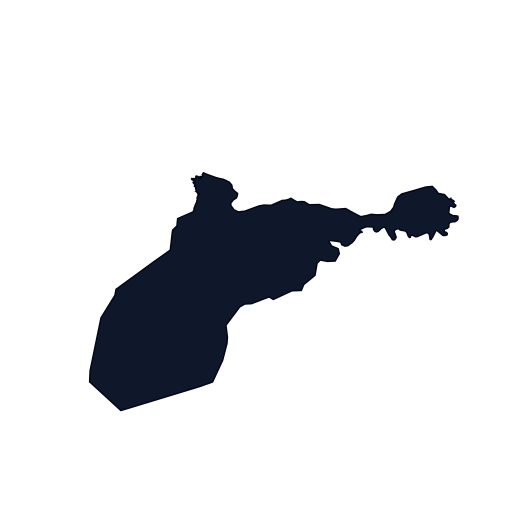 Obubra, Cross River, Nigeria, rotated 66°
{"feature_id": "59680162B46550202368720", "entity_name": "Obubra", "entity_type": "district", "adm_level": 2, "iso_a3": "NGA", "parent_name": "Nigeria", "parent_adm1": "Cross River", "projection": "robinson", "projection_center": [8.346, 6.001], "detail": "fine", "context": "isolated", "style": "filled", "palette": "ink", "viewbox_px": 512, "rotation_deg": 66, "n_neighbors": 0, "source": "geoboundaries", "source_scale": "gbopen_adm2", "svg_char_len": 3794}
<svg xmlns="http://www.w3.org/2000/svg" viewBox="0 0 512 512"><g transform="rotate(66 256 256)"><path d="M262.7,144.3L259.0,147.3L256.6,149.2L255.5,150.0L253.2,151.8L249.2,154.7L245.7,164.3L245.1,165.2L243.6,167.9L241.7,169.8L237.1,174.7L234.7,177.3L230.9,186.5L226.1,189.8L224.7,192.4L224.0,194.4L223.4,196.4L220.9,198.3L219.3,199.4L217.5,200.6L217.5,203.6L217.0,206.6L215.9,209.5L215.9,212.5L215.9,216.4L215.9,216.7L215.8,221.7L212.7,228.0L211.5,233.0L210.9,241.7L210.5,248.1L209.9,249.9L208.5,254.3L204.8,257.3L200.0,258.4L197.6,257.7L195.6,254.1L195.0,250.4L193.4,248.6L191.3,247.4L188.3,249.0L184.7,250.2L182.7,249.6L181.3,249.3L177.6,250.4L172.8,254.5L170.3,257.9L167.9,260.9L161.5,267.6L158.6,270.2L159.9,272.0L160.6,271.8L160.9,272.2L161.7,272.3L161.8,272.7L161.5,273.1L161.2,273.9L160.6,274.7L160.7,274.9L162.7,274.5L162.9,274.8L162.5,275.4L161.7,276.2L160.4,276.3L159.7,276.8L158.7,277.9L158.7,278.3L159.2,278.8L159.9,279.1L160.2,279.2L160.4,280.0L160.5,280.9L159.9,281.5L159.8,282.2L159.1,283.1L159.5,283.6L159.9,283.5L160.0,283.1L160.8,283.0L161.0,282.8L161.4,282.2L162.4,281.7L162.7,281.5L163.0,281.6L163.1,282.1L163.0,283.2L163.1,283.5L163.6,283.5L164.7,283.3L165.2,283.0L165.9,282.3L166.2,282.2L166.3,282.5L166.7,283.2L167.1,283.9L167.4,283.9L168.1,283.3L168.5,283.0L168.7,282.9L169.2,283.3L169.7,283.6L170.0,283.8L170.4,283.9L170.9,283.7L171.9,283.7L172.2,284.3L172.3,284.6L172.5,284.4L172.6,284.0L172.8,283.9L173.1,284.0L173.3,284.2L173.8,283.9L174.1,283.9L174.4,283.5L174.8,283.4L175.0,283.5L175.0,283.8L175.5,283.9L175.5,283.6L175.6,283.4L176.1,283.5L176.5,283.4L176.8,283.4L176.7,283.1L176.6,282.8L177.0,282.9L177.2,283.1L177.3,283.6L177.3,284.1L177.4,284.7L178.6,285.9L179.8,286.5L180.8,286.7L181.6,287.7L182.8,288.3L183.3,289.2L183.8,289.6L184.2,290.2L184.7,290.7L185.3,290.9L185.5,291.6L186.3,292.0L186.7,292.5L186.8,292.7L187.0,293.2L187.5,293.3L188.0,293.3L190.1,295.5L190.0,312.4L196.4,316.0L198.4,321.5L200.1,322.7L215.7,331.9L219.8,352.2L229.5,397.4L234.5,400.8L249.4,422.7L293.3,454.2L303.4,459.2L304.1,458.8L342.2,442.3L352.4,360.0L353.4,346.9L337.7,328.9L324.1,318.1L318.7,315.2L307.0,311.6L299.1,297.3L295.9,291.6L295.3,285.8L297.7,279.5L298.7,260.7L302.7,257.9L302.4,237.4L305.9,228.6L301.5,224.0L299.5,216.7L297.6,209.9L287.5,203.2L285.8,198.9L289.9,193.1L292.8,185.7L287.8,179.0L282.8,178.0L277.6,182.8L272.4,183.5L271.8,182.3L275.3,176.4L277.7,172.9L280.5,173.1L283.2,170.7L283.9,168.0L282.8,162.6L281.5,159.7L279.2,156.5L277.8,153.6L277.1,151.8L277.4,149.4L276.6,149.4L275.3,150.5L274.0,150.3L274.0,145.5L274.3,142.9L276.0,139.5L277.3,136.9L279.5,137.8L281.7,137.4L282.9,136.3L283.2,134.3L281.8,130.3L281.5,127.4L282.8,126.4L290.7,125.9L294.2,125.0L296.5,124.8L297.5,123.4L297.0,121.7L295.8,120.3L289.9,119.9L289.0,119.0L288.5,117.3L288.9,114.7L290.6,113.9L291.5,112.9L293.7,109.6L295.6,108.6L299.8,108.8L301.5,108.3L301.6,107.4L300.2,106.2L300.5,104.7L303.3,102.5L303.8,101.1L303.9,97.8L304.0,91.0L305.0,89.4L306.9,88.9L311.6,90.2L312.1,89.8L312.1,89.2L310.2,86.4L306.9,82.4L306.0,81.2L306.4,80.2L309.5,78.7L313.2,76.9L314.2,74.9L314.4,72.9L313.3,72.1L312.2,72.3L311.6,72.7L311.0,73.7L309.7,73.9L308.2,73.3L308.5,70.1L307.9,68.1L305.5,67.0L304.3,65.6L304.5,63.2L305.6,60.3L305.3,57.8L304.4,56.4L301.8,55.4L301.4,55.8L300.3,57.6L299.5,59.3L298.7,60.1L296.2,62.1L295.2,62.5L289.9,59.4L289.3,58.5L289.7,57.5L292.1,55.3L291.9,53.8L291.1,52.9L290.7,52.9L289.9,53.5L287.3,54.1L286.9,53.4L286.7,52.8L285.8,53.1L283.4,54.8L282.6,54.6L283.0,56.6L276.5,58.9L273.0,64.0L268.9,64.8L264.1,66.7L262.0,73.1L261.8,74.9L261.4,77.6L260.5,84.6L258.6,97.6L259.8,102.5L264.5,107.8L264.8,108.2L267.2,110.1L267.4,110.3L270.0,114.8L270.6,121.2L267.5,129.0L267.2,129.5L264.8,133.7L264.0,138.9L263.9,139.2L262.7,144.3Z" fill="#0f172a" stroke="#020617" stroke-width="1.5"/></g></svg>